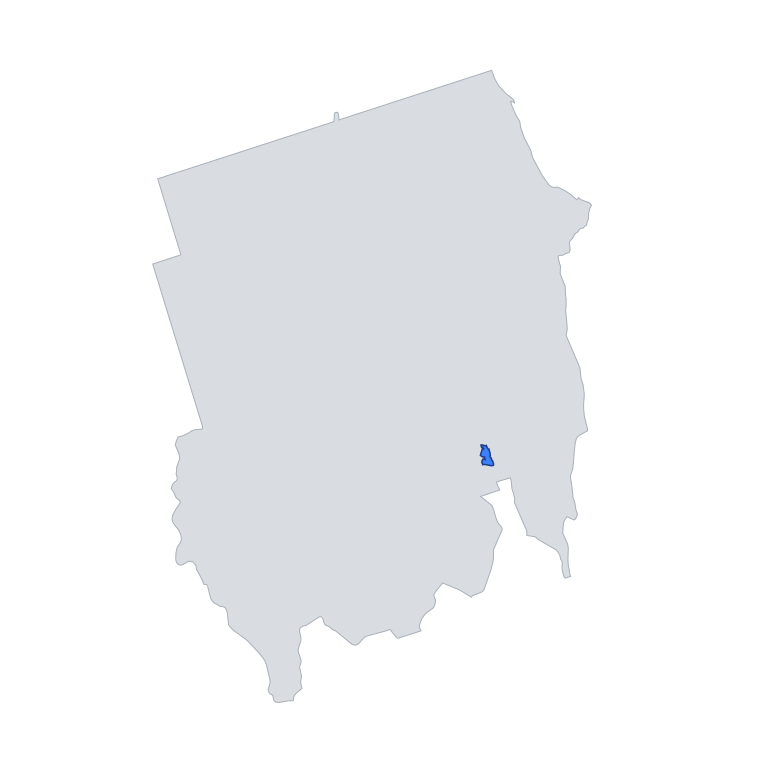 location of Kosti, White Nile, Sudan, rotated 342°
{"feature_id": "16777658B3487648242534", "entity_name": "Kosti", "entity_type": "district", "adm_level": 2, "iso_a3": "SDN", "parent_name": "Sudan", "parent_adm1": "White Nile", "projection": "equal_earth", "projection_center": [32.672, 12.928], "detail": "fine", "context": "in_parent", "style": "filled", "palette": "blue", "viewbox_px": 768, "rotation_deg": 342, "n_neighbors": 0, "source": "geoboundaries", "source_scale": "gbopen_adm2", "svg_char_len": 4769}
<svg xmlns="http://www.w3.org/2000/svg" viewBox="0 0 768 768"><g transform="rotate(342 384 384)"><path d="M502.0,624.7L496.3,624.6L495.7,622.8L495.8,617.9L496.4,614.2L498.5,608.3L497.9,605.0L498.3,600.4L496.7,595.2L483.1,580.1L480.5,576.0L473.1,572.2L474.4,567.9L471.4,537.1L472.9,533.5L473.3,528.1L473.3,523.4L475.0,515.5L475.2,512.2L460.8,511.9L460.6,515.3L461.2,519.1L461.2,520.6L441.1,520.7L449.1,532.8L449.5,538.1L449.1,544.7L449.2,549.0L449.6,551.7L451.8,557.1L451.6,558.1L451.1,559.4L436.8,575.6L434.4,583.1L432.5,587.0L428.4,593.6L415.3,610.8L413.1,612.0L403.2,612.6L402.2,613.0L401.4,613.8L401.0,613.6L392.5,603.5L378.2,591.3L368.7,597.6L366.1,600.0L366.1,605.8L364.6,608.8L362.1,612.1L355.1,614.2L351.4,615.9L347.1,619.2L342.8,624.8L342.5,627.6L342.9,630.2L318.7,630.1L317.1,628.0L313.7,618.9L311.2,619.5L289.2,618.4L286.0,619.4L279.7,623.1L276.5,623.7L273.3,622.0L261.8,604.0L259.3,601.9L256.7,597.6L254.2,595.7L253.4,594.3L253.2,592.4L253.3,588.5L252.5,586.0L250.6,585.4L235.0,589.6L232.8,589.1L229.5,589.9L228.4,590.6L227.1,593.0L226.8,597.9L226.4,600.4L225.2,603.1L220.7,609.2L219.7,611.8L219.8,618.6L219.5,622.0L218.8,623.5L216.9,626.1L216.2,627.6L215.3,636.2L212.8,641.4L212.3,643.3L212.1,647.0L211.7,648.2L204.6,651.1L202.0,653.0L200.3,656.0L199.9,657.2L196.9,656.2L193.1,655.4L185.7,654.5L182.8,653.1L181.4,651.1L181.9,645.9L181.2,644.7L180.0,643.8L179.2,641.6L179.4,638.8L183.4,632.8L184.2,629.6L185.4,614.5L185.1,609.9L182.1,601.4L175.2,586.8L173.5,583.9L164.8,571.9L163.8,570.1L161.7,565.1L164.2,553.9L164.4,550.9L163.8,547.7L161.6,545.3L159.6,545.1L157.1,542.1L155.4,540.7L153.9,538.1L152.9,534.5L153.8,521.4L153.3,519.7L151.1,519.2L150.6,518.2L150.7,515.7L149.6,508.3L148.3,502.2L149.1,498.8L147.3,494.1L143.7,492.1L136.6,493.7L134.4,493.4L132.9,492.5L131.9,490.8L131.4,488.8L131.9,485.8L134.0,480.3L136.6,475.7L141.7,471.6L143.1,469.4L143.9,466.9L144.1,464.1L143.8,461.1L143.3,458.5L141.8,454.9L140.5,450.6L140.5,447.8L141.2,445.8L142.6,443.3L147.7,438.5L152.9,434.5L153.8,433.1L153.5,431.5L151.2,428.2L150.5,421.8L149.3,417.4L152.0,414.0L153.9,412.8L156.9,411.8L158.1,410.4L158.5,407.7L158.5,405.2L159.6,403.3L161.1,399.2L162.3,397.4L166.3,392.6L167.2,389.6L167.5,386.6L166.6,377.6L168.9,373.9L171.8,370.8L176.0,371.0L182.4,370.3L186.9,369.0L190.0,369.1L197.1,370.7L197.9,370.0L198.3,367.7L201.1,198.4L230.4,198.4L230.8,198.2L232.2,118.9L416.1,119.0L417.6,118.7L420.5,111.3L421.7,110.8L423.6,111.2L424.3,112.9L422.7,118.9L583.2,118.9L583.6,127.9L585.0,135.2L589.7,145.5L593.6,151.1L595.0,154.1L595.2,155.6L595.0,156.9L593.8,155.4L591.8,154.3L591.6,159.2L592.6,169.1L594.3,176.1L593.2,182.5L593.5,193.4L595.7,206.6L595.3,214.9L598.9,234.5L602.3,245.4L604.1,248.1L606.1,249.5L610.0,250.4L615.8,256.0L620.4,261.8L622.1,264.9L624.3,268.3L625.8,267.7L626.7,266.8L628.2,269.5L635.5,275.3L636.6,278.1L634.0,280.7L631.1,285.3L629.7,289.6L628.9,291.0L626.6,293.7L626.2,294.9L625.1,295.8L624.0,295.8L621.6,297.3L619.3,296.8L617.1,297.6L616.3,298.7L614.5,299.6L612.1,300.0L608.4,303.7L605.1,305.4L604.0,306.9L602.4,314.1L601.1,316.0L596.3,316.2L593.9,316.8L590.7,316.0L589.1,316.1L588.7,317.6L588.2,323.8L588.3,326.5L585.6,333.6L586.5,346.8L583.9,356.7L583.6,359.0L581.0,366.9L579.6,369.8L576.3,384.5L575.0,389.1L572.2,393.8L575.3,429.3L573.0,440.2L573.1,446.1L571.5,454.9L570.1,458.9L568.0,463.8L566.2,469.3L564.6,476.5L563.6,490.2L563.1,491.4L554.4,493.1L551.7,494.1L549.9,495.6L547.7,499.1L543.3,508.8L541.0,514.7L537.4,522.8L533.1,528.5L532.2,531.3L531.6,536.5L530.0,544.7L528.6,550.5L528.9,555.2L527.6,563.3L527.8,567.3L526.3,569.5L524.3,571.6L522.9,572.1L516.9,566.7L512.6,570.4L510.0,575.7L507.9,581.0L509.1,592.3L509.0,594.8L508.4,597.5L504.4,608.6L503.2,613.7L502.0,622.5L502.0,624.7Z" fill="#d9dde1" stroke="#a8b0b8" stroke-width="1"/><path d="M462.4,474.1L461.6,474.3L459.4,472.8L457.8,472.0L457.7,472.0L457.5,471.7L457.4,471.4L457.2,473.8L457.1,473.7L457.2,473.8L457.2,474.0L457.3,474.2L457.4,474.3L457.4,474.5L457.5,474.8L457.4,474.9L457.4,475.1L457.5,475.2L457.8,475.0L458.0,474.8L458.1,474.7L458.3,474.6L458.2,474.9L458.2,475.2L458.3,475.4L458.5,475.6L458.8,476.3L458.7,476.6L457.9,476.5L456.8,477.0L455.7,478.7L454.6,480.1L453.8,481.4L453.6,481.7L455.1,483.8L457.1,484.6L456.7,487.0L456.5,486.8L455.2,485.9L453.5,487.2L452.7,489.2L453.2,490.4L452.9,491.2L453.5,491.3L454.9,491.7L456.1,492.2L459.9,494.4L460.9,494.9L462.0,495.1L462.7,495.1L462.6,494.9L463.2,494.5L463.5,494.0L463.6,492.9L463.5,490.7L463.3,490.2L462.9,489.8L462.9,489.4L463.1,488.4L462.8,487.8L463.0,487.0L462.7,486.9L462.4,486.3L462.3,485.3L463.1,484.7L463.3,483.7L463.4,482.6L463.6,481.7L463.6,480.2L463.5,479.1L463.8,478.5L463.2,478.3L463.0,478.0L462.9,477.5L462.6,476.7L462.4,476.0L462.4,475.7L462.4,474.1Z" fill="#3b82f6" stroke="#1e3a8a" stroke-width="1.5"/></g></svg>